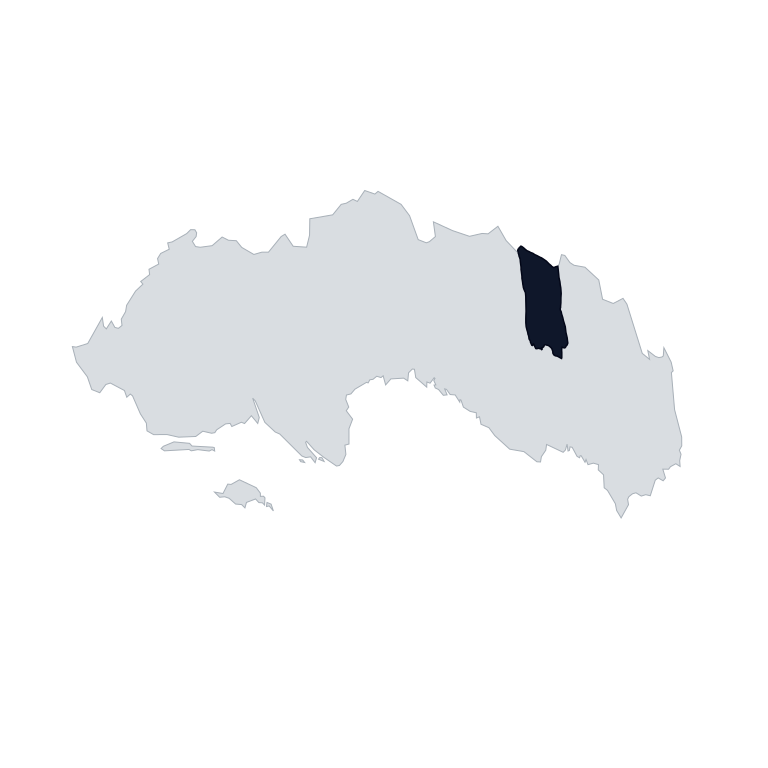 location of Arjeplog, Norrbotten, Sweden, rotated 65°
{"feature_id": "70781695B22534233820232", "entity_name": "Arjeplog", "entity_type": "district", "adm_level": 2, "iso_a3": "SWE", "parent_name": "Sweden", "parent_adm1": "Norrbotten", "projection": "equal_earth", "projection_center": [17.292, 66.388], "detail": "fine", "context": "in_parent", "style": "filled", "palette": "ink", "viewbox_px": 768, "rotation_deg": 65, "n_neighbors": 0, "source": "geoboundaries", "source_scale": "gbopen_adm2", "svg_char_len": 5769}
<svg xmlns="http://www.w3.org/2000/svg" viewBox="0 0 768 768"><g transform="rotate(65 384 384)"><path d="M171.0,492.0L173.7,497.4L179.8,496.7L182.4,492.8L186.0,481.3L182.4,468.6L188.0,464.2L191.7,457.3L200.1,455.2L211.6,447.2L212.9,439.0L215.7,433.0L206.9,414.9L206.4,410.4L220.8,408.1L227.3,396.3L217.7,388.6L202.9,381.4L209.0,359.0L203.1,346.9L204.2,341.8L203.5,334.1L207.3,331.0L200.5,319.7L208.0,312.0L206.9,308.0L228.4,292.6L242.3,289.7L267.6,292.0L273.9,286.0L274.2,282.7L272.1,275.1L257.9,270.7L273.9,257.1L286.3,244.1L289.0,231.5L291.9,226.2L289.2,214.1L305.6,212.7L320.2,207.8L318.4,201.2L350.6,181.4L351.6,177.9L349.3,174.5L341.8,168.5L343.9,165.8L352.5,164.2L356.7,161.6L363.1,152.5L380.5,145.4L399.6,150.1L407.9,142.2L407.4,131.2L414.3,130.1L465.4,137.0L473.9,132.9L465.2,130.8L473.7,126.4L476.2,123.8L477.0,120.7L476.6,119.0L469.4,115.0L485.5,114.5L494.3,116.4L495.1,118.7L530.1,131.5L557.8,136.6L565.9,140.3L568.8,144.3L573.2,144.5L578.4,148.4L583.9,150.5L579.6,153.2L580.0,159.3L581.5,162.1L579.0,167.3L588.1,168.6L589.7,171.9L585.0,175.2L585.8,178.8L597.8,189.9L594.9,193.6L594.3,198.2L589.1,201.6L588.5,205.1L589.6,209.7L591.4,211.9L596.7,213.4L605.6,225.7L596.9,226.6L590.3,224.9L574.9,226.4L571.1,228.3L559.1,223.4L552.4,226.1L547.7,223.7L544.2,227.7L543.3,233.2L537.8,232.8L539.9,234.9L532.4,235.6L531.9,236.5L533.5,237.9L531.2,239.6L520.9,240.2L519.6,242.0L522.6,244.1L522.5,245.5L515.9,243.5L520.5,247.5L521.6,250.5L507.5,262.2L512.4,265.4L516.4,272.1L520.8,275.1L519.1,278.3L504.4,285.8L496.2,297.6L477.6,305.4L467.9,307.4L461.5,313.1L454.1,311.3L453.9,314.6L449.1,312.5L445.2,317.5L438.5,321.8L431.1,321.0L430.3,321.7L432.5,323.0L424.0,324.1L421.5,328.5L415.2,329.7L414.1,331.1L420.5,331.4L419.3,335.0L412.0,336.9L409.3,339.2L406.1,339.1L406.7,337.4L401.9,337.4L400.4,335.4L399.5,335.9L402.7,341.9L400.3,344.3L404.9,346.6L391.6,352.5L383.5,350.2L382.4,352.0L384.2,357.0L391.2,361.1L387.0,363.7L382.3,375.6L385.5,382.9L376.2,381.3L376.9,384.0L373.9,387.3L375.1,392.0L374.2,395.1L376.3,397.9L375.1,399.2L376.4,412.5L379.0,418.2L378.1,422.7L381.8,425.2L390.0,425.7L392.3,429.5L402.6,427.3L409.8,434.7L423.6,441.1L422.9,445.3L431.7,448.3L436.9,454.0L439.0,458.8L438.3,461.7L424.7,469.7L414.1,475.1L403.2,478.4L403.7,479.7L409.1,480.2L422.3,476.3L426.2,479.7L419.0,481.3L417.6,486.0L414.5,488.9L385.3,499.6L381.5,502.9L368.4,508.2L344.9,507.8L341.3,509.0L361.6,511.2L366.4,515.1L356.7,517.6L360.9,527.1L358.4,529.4L358.2,539.9L354.7,540.1L353.2,544.4L354.8,555.0L356.6,557.9L355.8,561.0L350.2,568.2L352.0,576.8L345.4,592.6L338.2,601.9L332.5,614.2L326.3,618.6L319.0,615.9L308.1,617.4L288.4,616.9L285.9,618.2L287.3,622.7L280.2,622.0L267.5,631.6L266.9,636.3L271.8,645.3L265.5,651.2L252.1,649.8L234.3,653.5L218.4,650.6L220.5,647.4L222.1,635.4L204.7,611.2L213.1,613.7L216.7,612.4L211.7,604.5L219.0,604.0L221.3,601.2L220.2,596.7L214.2,594.7L209.2,587.6L203.9,584.0L194.8,569.9L191.6,560.3L188.3,561.2L185.8,550.2L180.7,548.5L180.1,537.5L174.6,536.2L171.3,531.2L171.1,521.7L164.7,520.4L165.7,515.9L164.3,499.2L162.4,494.0L164.3,490.2L167.8,489.9L171.0,492.0ZM443.2,543.4L440.3,544.4L438.6,547.5L433.9,549.0L433.2,558.7L437.5,562.4L433.1,564.0L430.1,569.2L422.1,572.7L418.9,576.0L417.2,580.8L410.3,583.3L415.2,576.2L408.7,567.9L410.4,565.0L409.7,555.5L424.0,543.6L430.6,542.2L433.6,543.5L434.8,540.6L436.9,540.0L443.2,543.4ZM351.8,611.2L348.3,613.3L347.2,610.3L347.7,598.8L355.6,585.3L359.1,584.2L368.9,565.9L369.9,564.7L373.2,565.8L370.8,567.6L370.9,570.7L364.8,580.5L363.1,586.9L360.9,588.4L351.8,611.2ZM446.0,539.6L445.4,542.3L441.9,540.1L445.2,537.1L452.3,537.9L446.0,539.6ZM428.9,471.0L424.5,475.1L423.5,473.4L424.5,471.4L428.9,471.0ZM419.2,492.3L416.9,492.6L418.5,489.8L421.6,489.1L419.2,492.3Z" fill="#d9dde1" stroke="#a8b0b8" stroke-width="1"/><path d="M435.9,212.3L435.2,211.7L430.7,209.6L428.4,208.7L426.8,207.8L425.9,207.0L426.9,206.1L427.7,204.9L427.3,203.8L426.6,203.0L426.0,201.5L424.6,200.1L422.3,199.4L419.7,198.5L417.4,198.0L414.1,197.3L408.7,195.5L402.5,194.6L399.3,193.9L395.5,193.4L393.6,192.9L391.3,192.9L390.2,192.5L389.4,191.7L387.8,190.9L385.2,189.4L380.6,187.2L376.9,185.2L373.3,183.8L371.4,183.1L368.4,182.3L365.8,181.4L361.4,180.4L358.1,179.2L354.6,178.0L351.1,176.8L350.7,176.7L350.5,177.7L350.3,178.9L350.3,180.0L350.1,181.1L349.3,181.6L348.5,182.2L347.1,182.6L344.8,183.7L341.3,184.9L339.4,186.0L337.2,187.3L336.0,188.1L335.1,189.0L334.0,189.8L332.0,191.3L330.7,192.5L328.4,193.9L326.8,195.5L325.0,196.8L324.3,197.5L323.8,198.0L322.0,198.9L319.6,199.9L318.3,200.6L317.3,201.2L316.9,201.9L317.2,202.4L317.4,203.1L317.6,203.9L318.2,204.4L318.4,204.9L318.5,205.6L319.3,206.1L319.5,206.4L319.9,206.4L321.1,206.7L321.7,206.8L322.1,207.0L323.9,207.2L325.3,207.6L327.1,207.7L328.8,208.0L330.9,208.8L333.4,209.6L335.1,210.1L336.7,210.7L338.1,211.4L339.8,211.9L342.3,212.7L344.5,213.4L346.7,214.4L348.7,214.9L350.4,215.4L352.2,216.0L354.1,216.5L355.4,216.9L357.0,217.1L359.3,217.2L360.9,217.2L362.9,217.9L364.8,218.6L367.9,220.0L371.1,221.4L378.1,224.5L381.6,226.3L384.6,227.8L388.5,229.6L390.4,230.3L391.7,230.8L392.9,231.1L394.6,231.4L395.4,231.6L397.1,231.8L398.5,232.1L399.9,232.5L400.8,232.5L402.3,232.8L403.6,233.2L404.4,233.5L405.5,233.4L406.6,233.2L407.7,233.5L407.9,233.6L411.3,233.7L411.8,233.3L411.7,232.7L411.1,232.3L410.8,231.8L411.5,231.4L413.1,231.5L415.9,231.5L416.3,231.2L416.8,229.8L417.0,228.6L417.7,228.1L418.2,227.1L418.6,227.0L419.5,226.6L419.4,226.1L418.8,225.9L418.0,225.8L418.3,225.4L417.9,224.6L417.8,223.7L417.3,223.0L416.4,222.2L416.4,221.6L416.7,221.0L417.3,220.4L417.9,219.5L419.1,218.4L421.1,217.5L421.9,217.2L423.0,217.0L424.3,217.1L426.0,217.3L427.3,217.9L429.4,217.8L429.8,217.4L430.8,216.9L432.0,215.2L433.6,214.0L435.3,212.8L435.9,212.3Z" fill="#0f172a" stroke="#020617" stroke-width="1.5"/></g></svg>